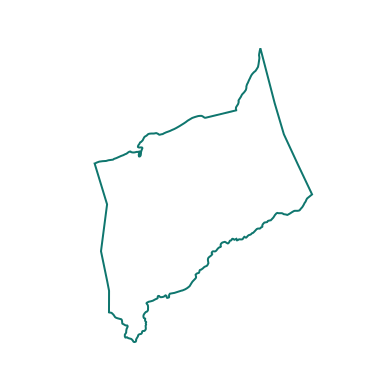 Guarizama, Olancho, Honduras, rotated 45°
{"feature_id": "27666195B32639013731604", "entity_name": "Guarizama", "entity_type": "district", "adm_level": 2, "iso_a3": "HND", "parent_name": "Honduras", "parent_adm1": "Olancho", "projection": "equal_earth", "projection_center": [-86.275, 14.906], "detail": "fine", "context": "isolated", "style": "outline", "palette": "teal", "viewbox_px": 384, "rotation_deg": 45, "n_neighbors": 0, "source": "geoboundaries", "source_scale": "gbopen_adm2", "svg_char_len": 6072}
<svg xmlns="http://www.w3.org/2000/svg" viewBox="0 0 384 384"><g transform="rotate(45 192 192)"><path d="M138.7,42.0L140.1,44.3L141.9,46.9L142.8,48.0L144.1,48.9L145.1,49.8L148.7,54.6L149.7,56.1L150.2,56.8L150.8,59.1L151.2,61.0L151.3,61.7L151.1,63.0L151.1,64.6L151.2,66.2L151.5,67.7L151.9,68.9L152.6,70.7L153.2,72.6L154.3,75.3L154.7,76.7L155.1,77.6L155.9,79.0L156.8,79.9L157.2,80.5L157.6,81.2L157.9,81.8L158.1,82.8L158.3,84.1L158.4,85.3L158.4,86.9L158.5,87.8L158.8,88.9L159.2,89.9L160.1,94.1L160.5,94.8L161.0,95.0L161.3,95.2L161.8,96.1L162.4,97.2L162.5,97.6L163.1,100.4L163.4,101.2L164.0,101.9L164.5,102.3L165.1,102.6L165.5,103.0L149.1,129.9L148.6,130.4L148.1,130.6L146.0,131.0L145.2,131.3L144.8,131.5L144.3,132.0L143.5,132.9L142.7,133.9L142.3,134.6L141.1,136.8L139.8,139.5L138.5,144.6L138.2,146.9L137.8,149.0L136.6,154.2L135.6,157.9L134.9,160.1L134.0,162.3L133.3,164.3L132.2,166.7L131.6,167.9L130.7,170.3L130.3,171.8L129.7,172.6L128.8,174.1L128.4,174.6L127.8,174.8L126.8,174.9L126.4,175.1L125.5,175.4L125.0,175.7L123.7,177.6L122.6,178.7L121.1,180.3L120.5,181.2L120.1,182.0L120.0,184.3L119.6,185.8L119.5,186.4L119.5,186.8L119.7,187.7L120.6,190.4L120.6,191.7L120.6,192.7L120.5,192.9L120.3,193.3L120.3,193.6L120.3,193.9L120.7,194.8L121.0,196.7L121.3,197.6L121.6,198.0L121.8,198.3L122.2,198.4L122.5,198.3L123.2,197.9L124.3,196.6L125.0,196.0L125.4,195.9L125.8,196.0L126.0,196.2L126.2,196.6L126.6,197.7L127.7,199.8L128.7,200.9L129.7,202.2L130.0,203.1L130.0,203.5L129.9,203.8L129.7,204.1L129.3,204.3L128.3,203.6L127.5,202.6L127.1,201.6L126.7,200.9L126.5,200.5L126.3,200.4L125.3,202.1L124.7,202.5L123.4,204.6L122.7,205.4L121.8,206.2L121.0,206.7L120.6,206.9L120.2,206.8L119.9,206.9L119.7,207.0L119.2,207.8L118.9,208.8L118.7,210.6L118.5,211.5L118.1,212.3L117.3,214.7L116.4,216.6L114.5,221.6L113.6,223.4L113.4,224.0L113.3,224.7L113.2,225.1L112.7,225.7L110.5,228.6L109.3,230.8L107.0,233.4L105.1,235.9L104.7,236.6L104.0,238.2L103.7,238.8L103.4,240.0L103.0,240.7L140.7,260.8L169.5,298.2L195.2,315.1L203.2,320.5L218.4,335.8L219.1,335.4L220.1,334.6L220.9,334.3L223.4,334.3L225.8,334.8L226.4,334.8L226.9,334.7L227.7,334.4L228.9,333.8L231.8,332.1L232.1,332.0L232.7,332.1L233.3,332.4L233.8,332.7L235.6,334.2L235.9,334.3L236.6,334.1L237.8,333.7L238.7,333.5L239.1,333.4L239.6,333.1L240.6,332.2L241.2,332.3L241.7,332.7L242.1,333.7L242.5,334.9L242.8,335.4L243.7,336.7L244.8,337.9L245.1,338.8L245.3,340.0L245.5,340.5L246.6,341.6L247.4,341.9L247.7,342.0L248.1,341.8L248.3,341.6L248.5,341.0L248.7,340.7L249.2,340.6L250.3,340.4L251.8,339.5L252.9,338.9L254.0,338.8L255.1,338.9L256.4,339.2L256.9,339.1L257.3,338.9L257.6,338.5L257.8,338.1L258.0,337.6L257.9,337.3L257.7,336.7L257.0,336.1L256.7,335.5L256.4,334.7L256.2,333.6L255.9,332.6L255.8,332.2L255.3,331.5L255.2,330.9L255.2,330.4L255.4,329.9L255.7,329.3L256.2,328.6L256.4,328.0L256.4,327.7L256.2,327.2L256.0,326.7L255.6,326.1L255.4,325.6L255.5,325.2L255.9,324.6L256.4,324.1L256.6,323.7L256.6,323.2L256.6,322.7L256.3,321.7L255.7,321.0L253.9,319.5L253.7,319.3L253.5,318.6L253.2,318.1L252.6,317.8L252.1,317.5L251.7,316.5L251.6,316.4L251.4,316.3L250.6,316.4L249.8,316.1L249.0,315.4L248.7,314.9L248.5,314.7L248.1,314.7L247.1,315.1L246.7,315.0L246.1,314.7L245.4,314.1L245.0,313.6L244.7,313.0L244.5,312.3L244.3,311.5L244.2,309.6L244.7,308.4L244.7,308.0L244.6,307.3L244.3,306.5L243.5,305.7L242.3,304.4L240.9,303.3L238.6,302.9L238.4,302.6L238.4,302.1L239.0,300.2L240.1,298.5L241.2,296.5L241.9,294.0L242.7,291.9L242.7,291.5L242.7,291.3L241.7,290.1L241.6,289.6L241.8,289.2L242.0,289.0L242.3,288.8L242.9,288.8L243.5,288.8L244.1,288.6L244.4,288.4L245.5,287.0L246.1,285.8L246.3,284.1L246.3,283.9L246.9,283.6L247.0,283.6L247.1,283.8L247.7,283.7L247.8,283.8L248.6,284.4L249.0,284.5L249.3,284.4L249.5,284.2L250.1,283.1L250.2,282.8L250.1,282.5L249.0,281.4L248.6,280.9L248.4,280.1L248.3,279.5L250.9,275.8L254.3,269.2L254.9,268.3L256.0,265.6L256.6,263.2L256.8,261.4L256.9,260.4L256.8,259.8L256.1,257.0L255.7,255.0L255.6,250.9L255.5,250.1L255.3,249.6L255.0,249.2L253.1,248.0L253.0,247.9L253.0,247.0L253.1,246.1L253.5,245.3L253.9,244.6L254.0,244.1L253.8,243.6L252.9,242.1L252.8,241.8L252.8,241.5L253.0,240.9L253.3,240.6L253.4,240.3L253.7,238.2L253.7,236.8L253.8,236.0L254.0,235.5L254.6,234.0L254.7,233.4L254.7,233.1L254.3,231.8L253.9,230.7L251.5,229.0L250.8,228.3L250.4,227.6L250.2,227.1L250.1,226.4L250.5,222.9L250.3,222.0L250.2,221.6L249.5,221.5L249.0,221.2L248.8,220.7L248.6,220.0L248.6,219.6L248.7,219.3L249.1,218.8L250.1,217.9L250.4,217.5L250.5,217.1L250.6,216.7L250.6,216.1L250.3,214.1L250.3,212.7L250.5,211.8L250.7,211.3L251.0,210.8L251.0,210.6L251.0,210.2L250.8,210.0L250.1,209.6L249.3,208.7L249.2,208.3L249.1,207.9L249.1,206.9L249.2,206.3L249.6,205.5L250.1,204.6L250.5,204.0L251.1,203.8L253.5,203.2L253.8,202.9L253.9,202.5L253.9,201.8L253.7,200.9L253.4,200.2L253.3,199.9L253.4,199.2L253.8,198.8L253.9,198.4L253.9,198.0L253.6,197.1L253.6,196.8L253.7,196.5L253.9,196.3L254.2,196.1L255.7,195.8L256.5,193.7L256.8,193.8L257.1,193.9L257.8,194.4L258.0,194.4L258.3,193.9L258.8,192.1L260.3,190.8L260.8,190.2L261.1,189.7L261.1,189.4L260.7,187.2L260.7,186.6L260.9,186.5L262.1,186.3L262.4,186.1L262.6,185.8L262.6,185.2L262.5,183.6L262.6,182.5L262.8,182.1L263.5,180.7L263.6,180.1L263.6,178.8L263.7,178.4L264.0,177.9L264.1,177.6L264.1,175.6L264.0,173.1L264.0,172.4L264.3,171.7L264.5,171.2L264.9,170.8L265.5,170.3L265.8,169.8L266.0,169.3L265.8,168.8L265.8,168.5L266.1,167.7L266.3,166.9L266.2,166.7L265.4,166.0L265.1,165.4L264.9,164.8L264.8,163.9L264.8,162.4L266.3,160.3L266.4,160.0L266.2,159.2L266.2,158.7L266.6,157.9L267.4,156.7L267.7,156.3L267.7,156.0L267.6,152.5L266.9,149.4L266.9,148.8L266.8,147.5L267.0,146.8L267.1,146.5L267.4,146.3L268.3,145.7L270.6,143.4L271.6,143.0L272.4,142.9L274.5,141.4L275.3,141.0L275.6,140.8L275.9,140.0L276.4,138.2L277.0,135.4L277.4,133.9L277.7,133.0L278.2,132.4L280.1,130.5L280.6,129.7L280.9,129.2L281.0,128.6L280.8,127.2L280.7,125.0L280.6,124.3L280.1,122.3L279.4,120.2L279.1,118.4L278.4,116.7L278.0,115.4L278.0,114.7L278.1,113.8L278.6,108.8L247.2,97.6L216.1,86.2L187.6,70.7L138.7,42.0Z" fill="none" stroke="#0f766e" stroke-width="2"/></g></svg>